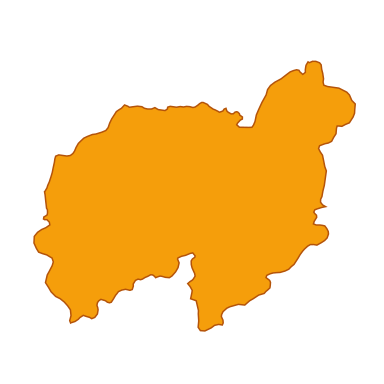 the district of Gomel, Gomel, Belarus, rotated 278°
{"feature_id": "67162791B13261784360532", "entity_name": "Gomel", "entity_type": "district", "adm_level": 2, "iso_a3": "BLR", "parent_name": "Belarus", "parent_adm1": "Gomel", "projection": "albers", "projection_center": [30.956, 52.323], "detail": "fine", "context": "isolated", "style": "filled", "palette": "amber", "viewbox_px": 384, "rotation_deg": 278, "n_neighbors": 0, "source": "geoboundaries", "source_scale": "gbopen_adm2", "svg_char_len": 4127}
<svg xmlns="http://www.w3.org/2000/svg" viewBox="0 0 384 384"><g transform="rotate(278 192 192)"><path d="M171.8,45.9L168.8,46.9L166.4,47.5L162.7,48.4L159.7,49.2L155.7,50.2L154.3,51.3L151.5,51.8L149.3,51.8L147.8,50.3L146.7,48.8L144.6,48.7L144.1,49.8L144.4,52.2L142.3,54.9L139.6,55.8L136.3,52.2L133.9,48.3L130.6,44.7L126.1,42.0L119.5,42.6L114.4,45.8L111.1,48.5L110.2,52.4L109.5,56.9L107.1,62.6L103.5,64.4L99.6,63.8L93.6,61.7L89.7,60.2L81.9,59.5L77.7,63.1L73.5,66.4L69.6,71.5L68.0,76.3L65.3,80.8L62.0,84.7L58.4,88.0L52.7,89.4L47.6,88.8L45.4,90.0L45.5,90.1L47.5,94.2L50.2,97.2L52.0,98.4L54.7,101.5L54.1,104.5L53.6,108.1L52.6,110.3L54.3,113.2L58.0,115.3L62.2,115.4L64.5,114.7L66.6,113.6L69.3,113.8L71.1,114.7L73.0,116.7L72.3,121.4L71.1,123.5L70.8,125.7L71.6,127.4L75.2,129.1L79.1,130.7L80.7,131.7L83.1,133.0L85.1,136.1L86.4,139.7L86.2,142.3L86.0,144.2L87.1,146.4L90.6,147.0L92.7,146.6L96.6,148.3L98.2,150.7L98.0,153.3L98.9,155.1L100.9,157.5L102.3,159.9L104.3,162.6L104.4,164.6L103.3,166.6L102.1,167.9L103.0,169.4L104.3,172.0L104.3,174.0L103.8,177.5L104.0,181.5L106.1,183.9L110.7,186.9L115.2,188.7L120.0,189.1L122.1,187.9L123.6,187.0L124.8,187.3L126.9,190.6L128.4,194.5L130.9,198.7L131.8,201.2L129.3,203.9L127.8,203.9L125.7,201.7L123.6,200.8L120.0,201.4L117.0,202.6L113.6,204.7L111.8,205.9L109.1,206.8L105.8,205.3L104.6,204.4L103.1,202.6L100.7,200.5L98.2,203.2L94.6,205.9L92.2,205.9L86.1,205.5L84.9,211.3L82.5,212.2L75.5,214.9L72.2,215.2L65.3,216.6L58.9,216.9L55.9,219.6L56.2,224.1L60.1,229.9L63.1,232.9L64.6,236.9L64.5,240.5L66.7,241.1L69.4,240.5L72.7,238.4L74.8,238.4L77.9,239.4L81.8,242.7L83.6,245.4L87.2,253.6L87.4,260.0L92.3,264.2L94.7,267.3L99.2,272.4L101.6,277.6L103.9,279.1L105.4,280.5L107.9,282.5L110.5,282.5L113.4,282.3L115.1,281.3L115.7,280.5L117.5,277.2L119.8,277.6L121.7,280.4L123.1,283.5L124.0,287.3L124.6,290.4L126.7,295.1L129.0,298.6L131.9,300.7L134.5,303.1L141.2,306.2L145.1,307.8L149.0,309.9L151.1,311.3L154.4,314.0L156.4,316.5L156.9,319.8L156.8,323.1L159.9,327.2L162.4,330.1L165.3,332.2L169.4,333.0L171.9,332.4L174.6,330.5L176.9,328.2L177.1,326.0L177.1,323.1L176.6,319.6L177.3,316.7L179.9,317.1L184.3,319.0L186.3,318.5L187.8,316.5L189.0,315.4L191.5,316.1L192.7,318.3L194.8,322.7L196.1,326.3L197.4,323.1L199.8,320.7L202.8,320.4L205.5,321.3L211.2,321.5L216.9,322.1L225.6,322.1L231.6,322.1L235.5,320.0L242.4,317.6L246.6,316.1L249.6,313.4L252.6,311.3L255.6,311.9L258.3,316.9L259.5,320.2L261.6,323.2L265.8,324.7L269.7,326.5L275.1,326.2L277.5,326.5L277.8,328.3L277.9,331.3L280.3,334.6L282.4,338.2L288.7,341.1L292.6,342.0L296.2,341.7L301.9,341.4L304.9,337.5L310.0,334.4L312.4,331.4L315.3,323.0L315.3,315.5L315.3,311.6L316.1,307.7L319.1,306.5L322.4,306.5L327.8,304.9L331.4,303.4L335.9,302.2L337.7,300.4L338.6,296.5L338.2,293.2L336.4,290.2L337.0,288.8L333.4,287.3L331.5,287.2L328.8,287.2L326.3,287.6L324.5,286.0L323.9,285.3L326.0,282.1L327.4,281.0L327.6,278.6L326.4,275.7L324.6,272.5L321.3,269.2L316.4,264.4L312.3,258.8L308.4,254.9L304.0,252.6L298.5,251.9L290.4,248.8L282.8,246.5L277.2,245.0L270.6,244.6L266.6,243.5L264.4,242.3L263.9,239.4L263.6,237.1L263.1,232.9L262.7,230.0L264.8,226.9L266.7,227.6L270.0,229.9L271.2,231.7L273.3,231.5L274.8,228.6L276.2,228.0L277.5,226.2L277.7,225.1L277.1,223.5L275.2,222.0L274.8,219.9L276.0,216.8L277.1,215.2L279.6,214.0L278.6,212.3L276.5,211.3L274.8,208.1L275.5,206.5L276.7,203.0L276.9,201.7L279.2,197.0L280.9,195.1L282.2,190.6L282.0,189.1L280.5,187.2L278.7,185.6L276.6,183.3L275.8,181.2L276.2,177.7L276.0,174.6L275.0,171.8L275.0,168.5L273.8,164.8L273.8,161.2L273.8,158.5L272.6,156.1L270.8,156.1L268.9,154.0L268.9,151.0L268.9,147.1L270.4,143.5L268.6,140.5L268.0,136.5L268.3,133.2L269.5,130.5L269.4,126.0L268.1,121.3L267.2,118.2L268.0,116.5L268.8,113.1L265.1,110.5L263.4,108.4L261.1,105.9L258.6,104.8L253.2,102.3L248.8,100.9L244.1,100.0L240.9,98.1L238.7,94.4L236.0,88.7L235.1,85.4L232.4,80.6L230.2,77.3L226.8,74.6L224.3,72.7L220.0,71.0L216.2,70.0L213.5,68.7L211.2,66.4L210.2,63.1L210.2,58.9L210.2,54.9L208.5,52.0L205.6,51.6L202.2,51.6L197.0,51.2L191.8,50.9L187.8,50.3L182.2,49.3L178.4,48.2L175.9,47.8L172.2,46.3L171.8,45.9Z" fill="#f59e0b" stroke="#b45309" stroke-width="1.5"/></g></svg>